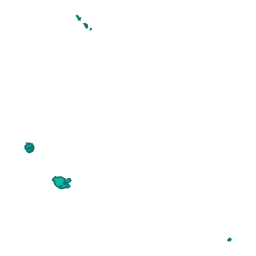 the district of Temotu Vatu, Temotu, Solomon Islands
{"feature_id": "97153195B86794958448560", "entity_name": "Temotu Vatu", "entity_type": "district", "adm_level": 2, "iso_a3": "SLB", "parent_name": "Solomon Islands", "parent_adm1": "Temotu", "projection": "mercator", "projection_center": [166.908, -11.034], "detail": "fine", "context": "isolated", "style": "filled", "palette": "teal", "viewbox_px": 256, "rotation_deg": 0, "n_neighbors": 0, "source": "geoboundaries", "source_scale": "gbopen_adm2", "svg_char_len": 4872}
<svg xmlns="http://www.w3.org/2000/svg" viewBox="0 0 256 256"><path d="M69.9,186.6L69.6,186.0L69.1,185.3L68.9,184.8L68.3,184.1L68.1,184.1L67.8,184.4L67.1,184.6L66.2,183.5L66.0,183.4L65.6,183.5L65.0,183.3L65.0,183.0L64.9,182.9L64.6,183.1L64.8,183.5L65.2,183.8L65.0,184.1L64.8,184.4L64.5,184.4L64.4,184.1L64.2,184.1L64.3,183.9L64.2,183.8L64.0,183.7L64.0,183.9L63.8,183.9L63.6,183.8L63.5,183.6L64.0,183.1L64.0,182.7L64.1,182.1L64.4,182.0L64.3,181.7L64.2,181.4L64.3,181.1L64.2,180.8L64.4,180.7L64.6,180.5L64.9,180.3L65.3,179.6L65.4,179.3L65.3,179.1L64.7,178.8L64.2,178.8L64.0,178.6L63.4,178.5L63.3,178.2L63.0,178.2L62.3,177.9L62.1,177.6L61.8,177.5L61.8,177.4L61.4,177.0L60.9,177.0L60.6,177.1L60.2,177.2L59.2,177.2L58.6,177.2L58.4,177.1L58.1,177.3L57.4,177.4L57.2,177.6L56.4,177.3L55.9,177.3L55.7,177.2L55.4,176.8L55.1,177.0L55.0,177.5L54.8,177.9L54.4,178.0L54.0,178.2L53.7,178.2L53.5,178.5L53.2,178.8L53.2,179.0L52.7,179.4L52.8,179.6L52.7,180.0L52.8,180.0L53.3,180.7L53.9,180.6L53.8,180.9L54.1,181.2L54.1,181.6L54.6,181.6L54.6,181.9L54.9,182.1L54.5,182.6L54.5,182.9L54.6,183.1L54.8,183.8L55.1,184.0L55.3,184.1L55.2,184.6L55.4,184.9L55.8,185.3L56.6,185.6L56.6,185.8L56.7,186.0L57.0,186.4L57.7,186.5L57.9,186.6L58.2,187.2L58.6,187.6L59.3,187.5L59.7,187.2L59.9,187.2L60.2,186.9L60.3,186.4L60.7,185.9L60.9,185.8L61.1,185.9L61.4,185.7L61.7,185.7L61.8,186.1L61.2,186.7L60.9,186.9L60.3,187.9L60.3,188.3L60.5,188.4L60.8,188.4L61.0,188.6L61.4,188.7L62.0,188.4L62.9,188.3L62.9,188.2L63.1,188.2L63.3,188.1L63.5,188.1L64.0,187.8L64.9,187.8L65.5,187.5L65.9,187.6L65.8,187.0L65.9,186.3L66.1,186.3L66.4,186.4L66.8,186.9L67.1,187.6L68.4,187.5L68.5,187.3L69.0,187.0L69.4,186.8L69.6,186.8L69.9,186.6ZM33.9,147.2L33.8,146.9L33.7,146.8L33.2,146.8L33.2,147.0L33.1,146.8L32.9,146.8L32.7,146.8L32.2,147.0L31.6,147.2L31.3,146.8L32.5,146.4L33.2,145.6L33.0,145.2L32.6,145.3L31.9,145.3L31.8,145.2L32.0,144.5L32.1,144.1L31.5,144.2L31.2,144.2L30.9,144.0L30.8,143.6L30.6,143.5L30.2,144.2L29.8,144.3L29.7,144.0L29.7,143.6L29.2,143.2L29.1,143.3L29.2,143.5L28.8,143.9L28.9,144.1L28.7,144.4L28.5,144.5L28.4,144.5L28.2,144.1L28.3,143.7L28.1,143.4L27.7,143.6L27.8,143.9L27.7,143.8L27.7,144.0L27.0,143.7L27.1,143.9L26.9,144.1L27.1,144.3L27.1,144.6L26.9,144.8L26.8,144.7L26.5,145.0L26.4,145.5L25.7,145.7L25.5,145.9L25.5,146.1L25.2,146.3L25.3,146.4L25.2,146.4L25.1,146.6L25.1,146.8L25.4,147.0L25.7,147.0L25.7,146.9L25.9,147.2L25.8,147.4L26.0,147.5L25.7,147.5L25.5,148.4L25.3,148.5L25.5,148.6L25.8,149.1L26.2,149.2L26.3,149.2L26.5,148.9L27.0,148.8L27.4,148.4L27.9,148.3L28.3,148.1L28.4,147.8L28.6,147.7L28.4,147.5L28.7,147.2L28.7,146.9L29.0,146.9L29.3,147.3L29.5,147.3L29.3,147.5L29.1,147.8L28.9,147.9L29.0,148.1L29.3,148.1L29.7,148.4L29.8,148.3L29.9,148.5L29.7,149.0L29.0,148.8L28.7,148.7L28.0,149.0L27.8,149.3L27.6,149.8L27.2,150.2L27.2,150.3L27.1,150.5L26.9,150.5L27.0,150.5L26.7,150.8L26.8,150.9L27.1,151.1L27.5,151.8L27.9,151.8L28.4,152.2L28.9,152.2L29.1,152.0L29.2,151.7L29.3,151.6L29.5,152.1L29.4,152.6L29.6,152.7L30.6,152.1L30.9,151.3L31.1,151.6L31.4,151.5L31.5,151.6L32.5,151.1L32.5,150.9L32.7,150.7L32.9,150.3L33.0,150.2L33.2,149.6L33.3,149.6L33.2,149.3L32.9,149.5L32.0,149.5L31.5,149.7L31.4,149.5L31.2,149.4L31.3,149.3L31.1,149.2L30.9,149.2L30.7,149.0L30.9,148.8L30.9,148.6L31.3,148.7L31.3,148.4L31.7,148.7L32.0,148.8L32.3,148.8L32.3,148.7L32.8,148.5L33.1,148.2L33.6,148.2L33.5,147.8L33.8,147.6L33.9,147.2ZM70.7,180.5L70.3,180.4L70.2,180.2L70.3,179.9L70.4,179.7L70.3,179.3L70.1,179.4L70.0,179.6L69.7,179.3L69.7,179.2L69.5,178.9L69.2,178.9L68.8,178.7L68.5,178.8L67.8,179.1L67.7,179.1L67.4,179.3L67.1,179.9L67.0,180.4L66.8,180.6L66.7,180.7L66.6,180.9L66.0,181.1L65.9,181.4L66.0,181.9L66.3,182.4L66.1,182.7L66.0,183.0L66.6,183.2L67.0,182.9L68.2,182.5L68.6,182.2L69.5,182.0L69.8,181.7L70.0,181.7L70.3,181.0L70.4,180.8L70.7,180.5ZM87.4,26.8L87.3,26.2L87.1,26.0L87.0,25.6L87.2,25.3L87.2,25.0L86.9,25.0L86.7,24.7L86.4,24.6L86.1,24.1L85.8,23.9L84.7,23.7L84.4,23.8L84.6,23.9L84.6,24.4L84.8,24.5L85.2,25.0L85.0,25.3L85.1,25.7L85.3,25.9L85.5,26.4L86.1,27.1L86.7,27.4L86.8,27.8L87.2,27.4L87.3,27.1L87.3,26.9L87.4,26.8ZM230.9,239.7L230.8,239.4L230.7,239.0L230.4,238.7L229.9,238.4L229.5,238.4L229.2,238.6L228.7,239.4L228.0,239.9L227.9,240.2L228.2,240.6L228.5,240.6L229.8,240.2L229.9,240.3L229.9,240.2L230.3,239.9L230.9,239.7ZM80.1,19.1L80.1,18.9L79.8,18.8L79.9,18.6L79.6,18.8L79.5,18.7L79.1,18.6L78.8,18.6L78.7,18.7L78.4,18.6L78.5,18.8L78.3,18.9L78.4,19.2L78.9,19.5L78.9,19.8L79.1,19.7L79.7,19.6L79.9,19.8L80.0,19.2L80.1,19.1ZM77.5,16.7L77.4,16.5L77.5,16.3L77.3,16.3L77.2,16.1L77.0,15.9L77.0,15.7L76.8,15.7L76.8,15.8L76.6,15.6L76.3,15.6L76.2,15.4L76.6,15.9L76.6,16.1L77.0,16.2L77.3,16.6L77.5,16.7ZM78.7,17.3L78.2,16.8L77.9,17.0L78.1,17.1L78.1,17.3L78.7,17.3ZM91.1,28.8L91.0,28.6L90.8,28.6L90.9,28.8L90.8,29.1L91.0,29.2L90.9,29.4L91.1,29.3L91.1,28.9L91.1,28.8Z" fill="#14b8a6" stroke="#0f766e" stroke-width="1.5"/></svg>